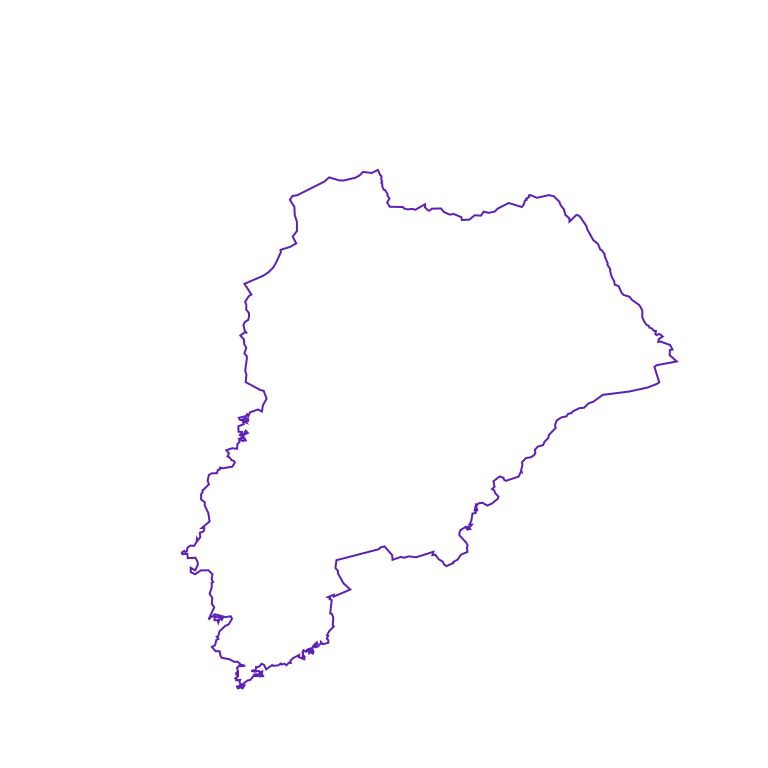 Suciu De Sus, Maramures, Romania, rotated 153°
{"feature_id": "2599482B58467400013366", "entity_name": "Suciu De Sus", "entity_type": "district", "adm_level": 2, "iso_a3": "ROU", "parent_name": "Romania", "parent_adm1": "Maramures", "projection": "robinson", "projection_center": [24.066, 47.421], "detail": "fine", "context": "isolated", "style": "outline", "palette": "violet", "viewbox_px": 768, "rotation_deg": 153, "n_neighbors": 0, "source": "geoboundaries", "source_scale": "gbopen_adm2", "svg_char_len": 6166}
<svg xmlns="http://www.w3.org/2000/svg" viewBox="0 0 768 768"><g transform="rotate(153 384 384)"><path d="M345.3,591.4L375.5,591.6L380.3,593.1L384.3,590.8L383.4,582.5L386.8,575.2L387.9,568.2L392.1,559.8L398.4,556.9L398.4,549.1L405.3,548.8L415.3,550.5L416.0,548.3L425.8,540.6L430.2,537.9L436.3,536.0L442.0,535.3L462.9,536.6L461.5,523.9L464.5,523.7L470.4,520.3L470.8,516.7L473.0,512.9L472.1,508.6L473.5,505.5L475.9,502.8L480.0,502.4L482.6,500.1L483.8,494.8L483.4,492.4L485.0,493.2L490.0,492.4L488.6,487.2L490.4,483.1L490.3,478.7L494.6,474.5L493.6,471.3L494.3,469.5L501.6,458.9L502.5,454.4L506.4,448.5L497.0,434.9L494.3,432.5L495.3,424.2L501.7,419.9L505.2,414.9L507.9,418.5L516.3,419.6L519.6,416.9L519.8,419.2L521.5,418.1L528.7,419.8L528.8,417.8L527.8,416.7L522.2,416.3L521.0,414.1L521.9,412.9L524.1,414.5L524.0,411.9L526.6,415.3L527.1,411.9L533.0,412.4L535.3,407.5L532.3,405.7L533.4,404.5L532.0,402.8L528.4,405.2L527.6,402.2L533.4,402.4L534.2,404.6L535.6,404.1L533.3,400.7L536.3,400.8L532.8,398.4L532.7,396.5L535.8,397.4L538.2,400.3L539.2,397.8L541.8,397.1L544.4,393.0L548.5,395.7L554.5,396.6L553.6,392.6L556.4,390.5L555.1,389.0L554.3,385.2L552.6,383.5L552.6,381.6L556.7,379.2L566.2,382.2L568.1,383.9L569.0,382.4L570.9,382.9L573.4,380.4L578.1,382.6L581.3,382.5L585.0,378.0L585.6,374.0L594.0,371.5L594.6,370.0L597.0,368.8L599.4,364.1L597.3,360.0L598.9,357.4L599.1,348.9L601.8,340.7L611.7,338.4L609.6,337.4L610.2,335.9L611.8,334.6L615.6,335.1L617.3,330.9L620.6,329.3L620.7,331.4L622.8,328.3L626.6,326.0L629.9,327.9L633.2,327.5L635.7,324.5L637.3,324.5L637.8,326.0L640.7,325.5L641.0,323.9L636.3,322.0L637.9,317.9L630.9,314.8L630.8,310.4L631.9,307.4L636.9,303.7L639.7,308.0L641.6,304.1L638.7,300.2L631.8,301.1L624.9,297.6L623.2,292.3L626.1,288.6L626.2,285.1L627.7,285.2L629.7,281.1L634.6,276.3L634.1,271.3L637.1,266.5L636.7,262.0L647.3,253.7L643.5,255.1L641.0,254.2L640.6,253.3L642.3,250.5L639.6,249.2L640.0,246.5L636.4,250.3L635.6,247.5L633.3,249.2L640.0,252.8L640.6,255.3L639.3,255.7L631.1,248.3L626.0,246.6L626.0,243.8L631.4,240.4L635.5,240.5L642.7,238.4L646.3,234.5L647.7,234.7L647.3,232.1L649.5,232.1L653.2,227.9L656.7,227.9L655.4,222.4L651.8,220.5L653.1,216.1L652.9,213.7L646.5,208.8L643.5,204.3L640.8,203.2L639.4,200.7L639.9,199.8L635.6,195.9L641.6,198.5L643.7,198.0L644.6,194.4L647.1,193.4L647.4,192.1L645.4,192.4L646.6,189.9L650.0,189.2L649.3,188.3L650.2,187.1L646.5,185.6L648.0,184.4L648.1,181.5L650.7,180.5L652.3,181.2L652.4,179.2L649.4,178.7L648.2,177.0L645.2,178.8L649.0,180.3L640.1,181.8L637.5,181.0L632.8,183.1L628.7,180.8L629.8,182.5L631.4,182.9L631.5,184.0L629.1,183.1L627.9,181.3L625.7,183.6L625.7,181.4L627.2,179.8L624.4,178.6L624.3,181.3L623.0,183.2L624.5,183.2L626.4,185.5L629.4,186.1L632.5,188.7L628.9,187.6L627.2,188.3L626.6,189.9L623.5,188.8L620.1,190.3L618.4,188.3L618.5,183.2L611.2,184.4L610.8,183.3L606.1,181.3L602.9,181.8L602.9,180.8L599.8,180.0L598.7,177.7L595.3,178.9L593.7,177.8L592.9,180.0L589.6,181.0L582.6,181.1L583.9,179.2L580.0,174.9L578.7,176.9L580.5,177.6L579.2,178.5L579.8,178.8L577.9,181.4L578.4,181.9L576.6,183.4L575.0,180.9L573.6,181.1L573.5,182.6L572.3,179.9L571.3,180.5L572.4,180.5L571.7,182.1L569.4,181.7L570.2,180.1L568.6,180.1L569.1,178.5L571.9,179.4L572.8,178.1L571.1,178.2L569.7,176.1L568.4,177.4L568.0,181.3L566.0,182.0L566.4,183.3L564.7,180.5L562.5,180.2L564.9,183.2L561.2,184.2L561.6,182.0L560.0,181.0L558.5,181.2L557.4,182.8L556.5,179.8L551.0,178.7L549.9,181.3L550.6,183.1L548.1,184.9L548.9,186.0L545.0,188.7L538.8,190.8L539.4,191.9L535.2,199.0L534.8,202.7L536.1,204.1L528.7,215.1L530.0,216.9L529.1,217.7L530.8,219.5L524.4,219.1L525.2,217.4L507.4,216.2L510.6,224.9L511.0,236.3L509.9,238.3L510.8,242.1L506.4,248.6L463.4,239.1L461.7,240.0L457.3,239.1L454.4,227.8L456.2,223.5L447.6,222.3L444.8,220.0L440.2,219.2L434.0,215.0L416.2,212.1L418.5,209.6L415.8,208.5L414.8,202.9L412.3,199.1L412.4,196.1L411.1,193.4L403.6,193.0L403.3,193.9L398.1,194.1L393.0,197.0L385.8,196.5L384.3,200.8L382.8,202.0L382.7,205.3L385.5,214.9L384.7,216.7L382.3,219.1L376.0,219.6L375.9,216.4L373.2,215.8L374.4,218.5L372.5,217.7L369.6,218.8L371.8,220.0L368.6,222.1L364.0,228.4L360.9,227.5L359.7,229.6L358.3,229.1L357.8,231.5L361.1,229.5L356.6,235.0L355.9,233.9L354.1,234.8L350.2,233.5L347.2,228.8L341.9,228.5L334.7,230.1L333.2,231.6L334.5,236.3L334.1,239.2L335.4,241.4L332.2,242.2L330.6,247.7L323.0,249.1L320.1,246.2L320.5,244.3L319.4,242.4L306.1,240.4L301.9,243.6L301.3,242.9L300.9,245.1L297.6,248.6L296.6,251.6L291.1,253.6L286.4,252.0L282.7,252.4L280.4,253.9L279.5,256.8L275.4,258.4L269.9,257.4L267.1,259.7L262.3,261.2L260.1,263.8L251.0,266.9L250.2,269.8L246.7,273.1L241.0,273.7L236.1,272.3L233.3,273.9L230.3,272.9L228.3,273.9L220.8,273.8L216.5,272.0L210.6,273.9L205.5,273.2L194.0,275.0L169.0,266.0L150.9,261.2L140.6,260.2L138.0,260.5L135.3,276.4L132.6,277.0L112.9,271.2L116.4,280.0L113.9,284.5L111.3,283.7L111.4,288.9L118.4,296.3L120.5,297.0L118.8,299.1L119.4,299.3L114.1,299.8L115.2,302.5L116.7,303.9L118.7,303.7L119.7,305.2L117.6,307.7L119.5,309.1L120.0,311.7L121.9,313.8L121.6,315.4L123.1,317.3L123.7,320.2L123.6,326.2L120.4,332.3L120.7,338.4L124.9,346.5L125.6,350.2L130.1,354.6L130.9,357.5L130.5,364.7L133.3,367.7L132.2,371.4L132.5,375.7L131.4,381.7L130.3,383.4L130.8,388.9L129.9,389.9L129.3,398.2L128.5,399.3L129.2,404.2L130.3,405.7L129.7,411.5L132.2,417.2L132.7,429.1L132.0,433.0L133.3,443.6L134.3,446.2L136.1,447.2L145.0,444.5L143.6,447.6L145.6,452.1L144.4,458.4L145.5,463.0L145.0,466.7L147.4,474.1L151.2,477.4L163.2,480.5L168.1,486.2L169.4,486.2L169.8,484.7L173.1,484.6L173.2,483.4L175.2,483.5L178.0,480.4L180.9,479.1L190.6,488.6L202.9,488.7L207.1,487.4L213.1,489.0L216.9,492.3L221.2,490.0L226.7,493.2L233.3,491.7L240.1,494.7L239.4,497.6L244.6,503.7L248.7,505.2L252.5,510.1L253.6,514.6L261.6,518.4L264.9,517.9L266.0,518.8L267.3,522.9L265.9,525.5L277.0,525.0L279.2,527.1L283.8,528.9L286.4,531.3L286.8,533.1L298.4,539.3L298.8,544.3L294.9,546.8L295.4,550.5L294.6,551.8L295.0,556.3L296.0,557.2L295.9,560.8L294.7,562.9L295.1,564.5L293.6,565.3L293.5,567.8L291.9,570.2L292.6,571.9L292.2,577.5L299.2,577.6L306.4,582.5L311.4,580.9L316.2,580.8L327.7,583.7L331.5,585.8L339.1,593.0L345.3,591.4Z" fill="none" stroke="#5b21b6" stroke-width="2"/></g></svg>